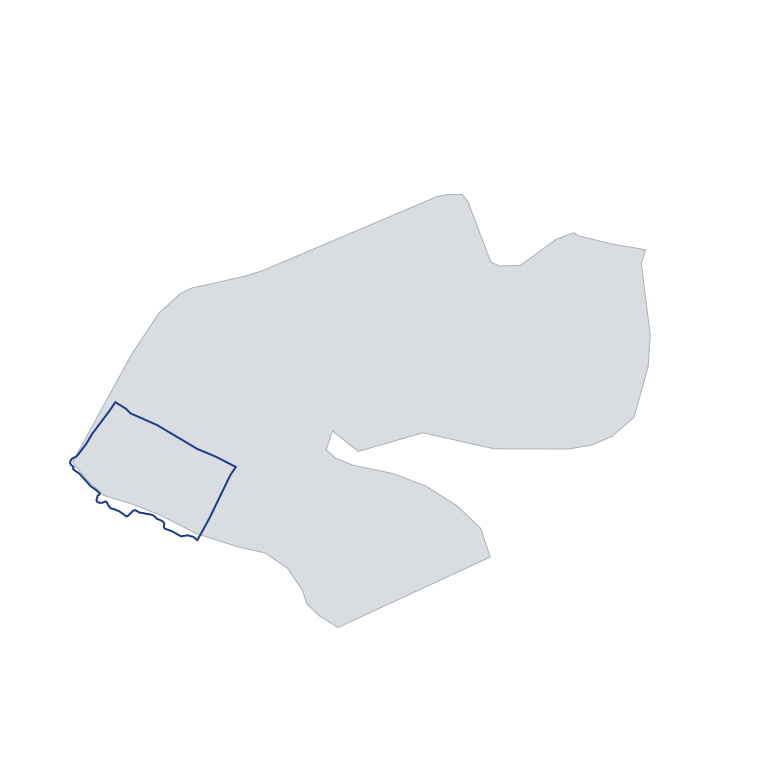 location of As Eyla, Dikhil, Djibouti, rotated 33°
{"feature_id": "41766387B73347270872705", "entity_name": "As Eyla", "entity_type": "district", "adm_level": 2, "iso_a3": "DJI", "parent_name": "Djibouti", "parent_adm1": "Dikhil", "projection": "albers", "projection_center": [42.017, 11.095], "detail": "fine", "context": "in_parent", "style": "outline", "palette": "blue", "viewbox_px": 768, "rotation_deg": 33, "n_neighbors": 0, "source": "geoboundaries", "source_scale": "gbopen_adm2", "svg_char_len": 1727}
<svg xmlns="http://www.w3.org/2000/svg" viewBox="0 0 768 768"><g transform="rotate(33 384 384)"><path d="M567.3,471.2L543.4,509.3L512.8,557.9L478.0,613.3L456.2,613.7L439.2,610.5L427.5,601.2L403.5,591.1L376.5,590.4L350.8,600.0L307.1,611.9L267.7,615.8L236.0,622.4L209.6,630.2L185.9,626.0L165.4,619.0L160.9,560.2L156.2,496.5L156.7,446.6L164.0,419.1L170.4,408.4L207.5,370.5L220.4,355.1L262.8,292.2L299.1,238.4L326.2,198.1L334.5,190.2L346.0,182.5L354.1,184.7L406.9,223.4L416.2,222.3L433.8,210.2L449.7,168.7L460.9,153.6L465.7,154.0L499.5,142.3L530.2,129.0L534.1,142.7L580.7,198.1L596.0,225.5L611.8,275.6L603.8,303.5L591.8,321.8L574.0,338.1L512.0,378.2L443.1,403.8L399.1,454.6L366.3,451.3L371.3,470.5L383.5,472.6L402.6,468.9L440.6,454.1L474.4,446.9L510.8,446.3L543.8,452.5L567.3,471.2Z" fill="#d9dde1" stroke="#a8b0b8" stroke-width="1"/><path d="M168.6,545.6L168.4,555.5L166.8,579.5L166.4,585.1L166.9,595.6L165.8,610.8L164.9,613.6L164.1,614.5L163.0,616.8L162.8,618.5L163.5,621.0L165.5,622.3L168.9,622.6L169.0,623.1L169.0,624.2L170.3,624.9L177.3,625.1L189.8,628.4L193.9,629.5L201.3,629.8L205.4,630.6L205.5,631.8L204.7,633.7L206.1,638.0L207.3,639.0L209.9,638.7L212.5,637.0L214.5,634.0L215.6,634.2L216.5,634.5L219.2,636.1L222.3,637.1L226.2,635.8L228.9,635.6L230.2,634.9L240.2,635.3L241.1,634.0L242.5,627.3L243.4,626.0L244.0,625.3L249.1,625.0L252.8,623.1L255.4,622.5L256.8,621.5L261.2,620.0L264.7,620.1L266.8,620.8L270.3,620.0L274.0,619.8L276.0,620.9L276.4,622.0L277.1,623.8L279.1,624.7L286.1,623.0L296.7,622.3L301.8,617.8L307.5,616.0L308.4,616.1L312.0,616.6L312.5,616.5L310.8,592.5L304.8,544.6L304.9,534.3L282.4,536.6L262.4,540.2L216.3,542.0L187.4,546.7L180.9,545.3L168.6,545.6Z" fill="none" stroke="#1e3a8a" stroke-width="2"/></g></svg>